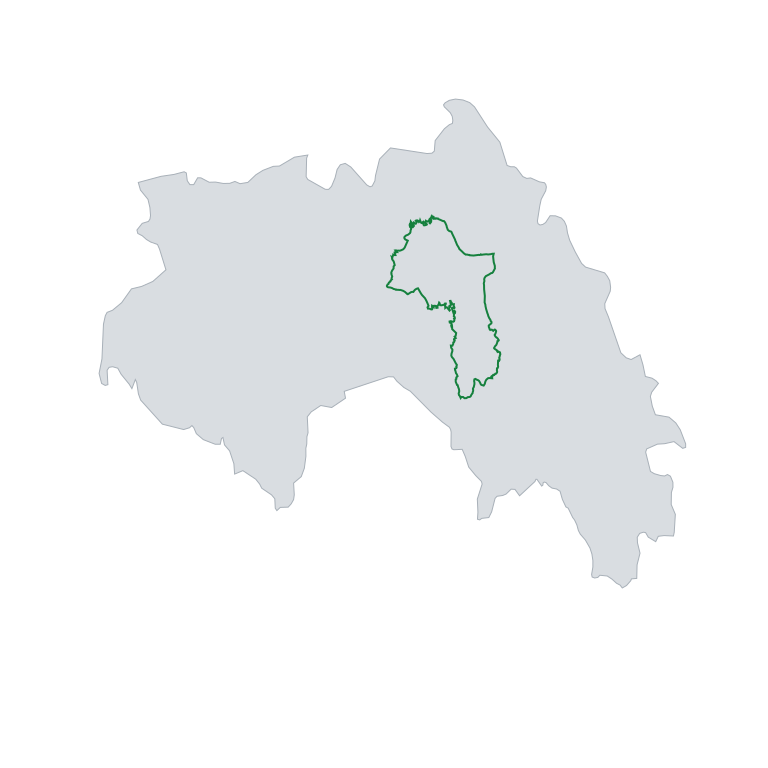 location of Kouroussa, Kouroussa, Guinea, rotated 342°
{"feature_id": "49546643B25969650419510", "entity_name": "Kouroussa", "entity_type": "district", "adm_level": 2, "iso_a3": "GIN", "parent_name": "Guinea", "parent_adm1": "Kouroussa", "projection": "equal_earth", "projection_center": [-10.122, 10.487], "detail": "fine", "context": "in_parent", "style": "outline", "palette": "green", "viewbox_px": 768, "rotation_deg": 342, "n_neighbors": 0, "source": "geoboundaries", "source_scale": "gbopen_adm2", "svg_char_len": 9828}
<svg xmlns="http://www.w3.org/2000/svg" viewBox="0 0 768 768"><g transform="rotate(342 384 384)"><path d="M462.4,526.7L456.8,525.7L454.3,527.1L446.9,538.8L442.4,543.4L435.5,542.0L433.0,542.8L431.1,541.5L433.7,535.0L437.2,522.3L446.4,509.5L446.6,506.8L442.9,499.4L438.9,489.2L438.9,478.2L438.2,470.3L430.1,468.1L428.6,466.8L428.4,464.1L433.0,450.5L433.3,447.7L432.8,445.3L427.8,438.3L420.1,425.4L406.8,399.0L401.8,393.4L397.1,385.3L395.3,380.2L390.3,378.4L343.9,378.7L343.0,385.6L327.0,390.2L317.2,384.9L306.2,388.0L300.9,391.5L296.7,406.9L294.4,410.3L292.0,417.2L289.8,421.0L287.4,428.6L282.2,439.5L276.7,446.5L267.4,450.3L264.4,461.7L262.3,466.0L258.7,469.3L254.8,471.5L247.2,469.3L243.0,471.3L242.2,468.5L244.7,459.4L242.8,454.7L235.5,445.3L234.8,440.7L232.6,434.9L223.0,422.8L214.1,423.5L216.6,413.4L216.5,399.9L213.5,392.6L214.3,385.1L212.6,385.6L209.6,390.7L204.8,389.1L195.0,381.1L190.2,373.3L189.6,366.7L188.5,364.2L185.5,365.5L179.4,365.4L160.8,353.7L147.6,324.1L147.4,317.5L149.3,306.0L148.9,302.9L142.8,310.5L141.6,305.4L137.0,293.5L135.7,286.7L131.2,283.7L127.7,283.2L124.9,285.4L121.2,299.3L118.4,299.2L115.6,296.2L116.3,285.9L123.5,273.0L135.7,240.4L140.1,232.9L142.8,230.3L148.5,230.0L159.6,225.6L173.2,215.5L183.6,216.3L195.9,215.0L211.9,208.0L212.2,186.2L211.7,181.3L206.0,176.9L202.7,173.1L199.9,168.3L196.4,164.8L196.6,161.2L203.7,156.5L210.2,156.6L212.4,154.8L214.0,151.7L215.9,143.8L216.6,135.5L212.3,124.3L212.6,116.4L236.1,117.6L249.0,119.8L259.5,120.4L261.2,122.2L259.7,129.9L261.0,134.4L264.6,135.6L270.5,130.3L273.6,131.4L280.1,138.1L286.2,139.9L292.9,143.5L299.2,145.5L304.8,145.3L309.0,149.0L316.8,150.2L326.9,145.4L334.9,143.4L346.0,142.8L351.9,144.4L368.9,140.6L382.3,142.7L380.2,145.3L374.0,162.8L374.7,165.9L388.3,180.7L391.5,181.8L395.2,179.8L401.1,172.9L405.7,165.5L410.2,162.0L415.3,162.2L419.5,167.4L429.1,189.3L431.6,192.1L433.9,192.1L438.1,188.0L440.3,183.2L449.3,168.7L463.1,161.5L496.1,178.1L500.9,179.3L503.8,178.1L507.9,168.3L520.3,159.9L526.2,157.6L529.6,157.3L530.9,154.6L531.6,150.6L530.9,146.5L527.0,139.0L526.9,136.9L529.1,135.4L533.8,134.4L540.0,135.1L546.9,138.3L552.5,142.9L555.7,148.4L561.9,171.6L568.9,189.8L568.6,214.2L571.7,216.6L575.1,217.7L576.7,219.6L580.1,229.6L583.3,232.6L587.1,233.3L594.2,239.7L598.8,242.2L599.5,244.2L599.3,246.8L597.5,250.2L590.6,256.9L587.2,262.7L580.2,276.5L580.0,279.1L581.5,281.0L584.4,281.3L587.6,280.4L594.0,275.3L599.1,277.1L604.0,281.0L605.8,285.0L606.3,290.2L605.2,297.0L605.0,304.6L606.7,317.5L609.2,330.4L611.8,335.1L628.2,346.5L629.7,350.7L630.6,355.5L629.4,362.1L627.8,365.7L618.8,375.8L617.5,380.6L618.2,389.6L618.9,427.5L622.4,433.9L626.6,437.1L636.5,435.3L636.2,445.8L634.9,457.6L640.7,461.3L643.6,464.9L645.2,468.2L636.1,474.5L633.5,478.1L632.3,488.0L632.6,497.1L644.8,503.6L649.5,511.2L651.6,519.1L652.4,534.1L651.3,537.5L648.2,537.5L642.0,528.4L632.5,527.5L625.5,525.7L613.8,526.9L611.8,529.6L610.4,549.5L613.3,552.8L618.9,556.6L622.5,558.2L625.6,557.7L627.9,560.2L628.4,566.7L626.9,571.5L623.8,576.0L619.9,587.4L620.8,598.0L614.2,614.7L612.3,618.0L603.5,614.7L597.8,613.6L593.7,617.9L588.0,611.3L586.9,606.2L584.9,605.1L581.0,605.1L577.5,608.0L576.0,613.3L575.2,624.0L568.8,634.2L564.3,647.0L559.1,645.8L557.9,647.3L552.4,650.6L547.6,651.6L546.4,648.2L543.6,645.4L540.5,640.0L537.0,635.6L530.2,632.6L527.6,634.0L524.4,633.6L522.3,631.9L522.6,629.3L526.1,622.6L528.1,616.5L529.2,609.9L529.2,603.6L527.3,594.6L524.3,587.5L523.6,583.4L523.9,577.6L523.2,572.1L522.2,569.3L520.8,559.0L519.0,557.1L518.0,548.9L518.3,540.4L515.7,537.2L511.6,534.9L509.2,531.6L507.7,527.9L506.2,526.8L504.9,527.0L503.8,529.3L502.4,529.8L500.0,521.9L499.0,521.6L497.4,523.4L478.4,532.2L476.0,524.7L472.4,523.3L466.1,526.4L462.4,526.7Z" fill="#d9dde1" stroke="#a8b0b8" stroke-width="1"/><path d="M449.1,324.5L449.1,325.9L449.8,326.1L450.8,326.6L451.7,327.5L452.6,327.9L452.9,327.8L453.4,326.2L453.7,324.8L453.9,324.4L454.5,325.3L455.0,326.3L455.6,325.1L456.6,325.3L457.5,325.9L457.3,327.8L458.5,328.0L458.9,326.2L459.6,325.9L460.5,325.2L461.6,323.6L461.8,324.0L461.8,326.4L462.9,326.9L464.6,327.1L465.8,327.1L467.0,326.3L467.6,326.6L467.1,327.5L466.1,328.0L466.2,328.9L465.8,330.5L466.6,330.1L467.5,330.5L469.0,334.4L469.5,334.1L468.9,332.8L469.9,331.6L470.0,330.2L470.3,330.1L470.9,330.7L471.9,329.5L472.3,327.6L472.5,325.4L473.0,325.5L473.0,326.4L473.5,327.7L473.4,328.4L472.9,329.1L475.1,329.7L474.5,330.9L474.6,332.3L474.6,333.3L474.1,333.6L472.9,332.6L472.1,332.7L471.9,333.7L472.0,334.7L472.5,336.7L473.7,336.3L474.0,337.4L473.3,338.6L472.5,338.7L472.0,338.1L472.0,339.7L471.3,341.2L471.9,342.2L471.7,343.3L470.8,343.5L470.9,344.6L470.0,346.0L468.8,346.2L467.0,344.9L465.7,344.8L465.5,345.9L466.6,346.7L466.7,348.2L465.9,349.3L465.9,349.8L466.7,349.3L466.6,350.0L465.8,352.9L468.4,357.8L467.0,360.4L465.8,360.8L466.4,362.5L464.5,362.9L464.2,363.6L464.7,364.4L463.7,365.7L462.7,365.9L462.3,367.2L460.9,368.7L459.5,368.1L459.1,370.3L459.7,372.3L459.2,373.8L457.6,376.0L456.8,377.8L456.9,379.3L457.9,381.7L458.7,386.7L459.2,388.3L458.7,389.2L458.2,389.6L458.3,390.4L457.6,391.3L456.2,391.3L455.9,392.5L456.0,393.9L455.8,395.9L456.2,397.1L456.4,399.3L454.8,400.1L454.4,401.5L453.6,401.8L452.9,404.1L453.2,407.6L453.7,407.9L453.6,410.1L453.7,411.9L453.5,413.3L453.1,414.6L452.1,416.0L451.9,417.7L452.4,418.9L452.6,421.0L453.6,420.2L455.2,420.8L456.2,422.4L458.1,422.9L459.4,422.4L461.6,422.8L462.6,422.5L463.8,421.2L465.5,420.0L465.8,419.2L466.6,418.2L467.0,417.2L467.0,416.3L467.3,415.7L468.4,414.7L470.0,412.0L470.5,410.3L470.6,409.1L471.4,407.5L472.5,407.4L473.9,408.9L474.5,409.3L475.3,410.3L475.8,412.3L475.9,413.8L476.3,414.9L478.3,416.3L479.9,415.0L481.2,412.9L482.7,411.5L484.9,410.6L486.6,411.1L488.7,412.0L488.9,411.1L488.7,410.6L488.2,410.6L488.3,410.1L489.3,409.7L490.0,409.8L490.7,409.0L490.8,409.0L491.3,409.5L491.6,409.5L491.8,409.2L492.2,409.1L492.9,408.7L493.2,408.9L493.5,408.9L494.0,408.5L494.3,408.5L495.1,407.9L495.5,407.0L495.5,406.2L496.3,404.0L496.9,404.0L497.8,403.0L498.0,402.4L498.2,401.1L499.8,396.9L500.1,396.9L500.6,397.4L501.1,396.7L501.3,396.8L501.5,396.5L501.7,395.7L501.6,394.8L502.5,393.6L502.9,392.8L503.8,391.7L503.9,391.4L503.8,390.9L504.0,390.4L504.1,389.8L503.7,389.5L503.0,388.6L502.1,388.8L501.9,388.5L501.7,388.0L501.9,387.7L502.0,387.3L501.8,386.9L500.2,384.9L499.8,384.2L499.8,383.8L501.4,382.3L502.8,381.6L503.6,380.7L504.8,379.1L505.1,378.3L506.0,378.3L506.6,378.0L506.7,377.7L506.4,377.0L506.3,376.1L505.6,374.7L505.3,374.5L504.8,373.6L504.4,372.3L504.4,371.5L505.5,370.6L506.1,369.8L507.0,368.4L507.0,367.9L506.6,366.9L506.4,366.6L505.9,366.4L504.3,367.2L503.8,366.6L503.5,365.8L503.2,365.6L502.1,365.3L501.7,365.4L501.4,364.7L501.4,362.7L501.3,362.3L501.6,360.9L502.2,360.5L504.8,359.5L505.1,359.1L505.4,358.2L504.9,356.9L505.0,356.1L504.9,355.3L504.5,354.2L504.4,353.2L504.2,351.8L504.3,349.9L504.2,348.9L504.3,344.2L504.6,341.2L504.9,340.0L504.9,337.5L507.1,331.4L508.5,324.8L509.7,320.9L510.0,319.1L511.3,317.1L511.7,315.2L512.6,314.0L514.2,312.9L517.8,312.3L519.9,311.7L521.3,311.8L522.2,311.3L525.2,308.4L525.5,307.0L525.9,306.1L526.0,302.1L526.6,299.1L527.2,296.3L528.6,294.0L527.2,293.6L525.5,293.5L523.1,293.0L521.4,292.2L518.2,291.5L516.8,291.3L516.6,291.0L516.1,290.6L515.7,290.9L514.9,290.9L514.1,290.5L508.9,289.5L505.9,288.3L505.3,287.8L505.1,287.9L504.8,287.6L504.2,287.3L502.9,286.5L501.7,286.2L500.4,284.5L498.8,281.4L497.9,279.9L497.9,279.7L497.3,278.7L497.3,277.6L496.5,274.3L496.3,271.5L496.3,270.8L496.1,269.9L496.2,268.7L495.3,262.1L495.2,260.4L494.9,259.8L494.6,259.5L493.4,258.8L492.3,257.0L492.3,255.3L492.2,254.4L492.4,252.7L492.1,249.8L491.9,248.8L491.3,247.5L490.5,247.3L489.9,246.8L488.3,245.3L487.1,244.3L486.5,243.7L486.4,243.4L486.2,243.5L485.0,242.6L484.6,242.4L484.2,242.8L482.8,242.3L482.1,242.2L481.9,242.1L481.8,241.7L482.0,240.8L482.8,241.2L482.9,240.7L482.7,240.2L482.1,240.0L481.6,239.6L481.4,238.9L481.0,239.2L480.8,240.1L479.5,241.2L479.4,243.3L478.9,244.4L477.9,245.1L477.4,245.4L477.1,244.9L478.1,243.4L478.1,242.5L478.5,241.2L478.1,241.4L477.8,242.0L476.9,242.6L475.6,243.0L474.7,242.4L474.3,241.8L473.5,243.1L473.2,243.9L474.1,245.4L473.8,245.7L472.0,245.7L471.1,245.5L470.8,244.7L471.2,243.6L472.0,242.6L471.8,241.8L470.7,242.1L469.8,242.7L469.3,242.4L469.0,241.3L468.9,239.5L468.3,240.4L467.3,240.8L466.9,239.3L466.1,238.6L465.7,238.6L465.0,238.4L464.6,238.6L465.4,239.8L465.1,240.3L464.5,240.7L463.7,241.4L463.1,241.0L462.1,239.5L461.7,239.8L461.5,240.6L461.2,242.2L461.3,242.9L459.8,243.8L458.9,243.5L459.0,242.7L459.6,241.8L460.0,240.4L459.9,238.5L459.7,237.9L459.4,238.6L459.2,240.8L458.7,241.4L457.9,240.1L457.5,240.7L457.3,242.7L458.0,244.0L457.5,245.3L456.8,246.0L456.1,247.7L455.4,248.5L453.2,249.4L450.7,249.6L449.0,250.4L448.5,251.2L448.5,252.1L449.0,253.2L450.9,255.0L445.8,260.7L444.0,261.8L441.7,262.1L440.2,262.1L438.7,261.5L437.6,261.3L436.7,260.6L436.2,260.5L437.0,262.5L435.6,262.0L434.9,262.1L435.1,262.9L434.6,263.0L434.7,264.9L433.8,264.6L432.9,264.0L432.9,264.5L432.2,264.6L431.9,264.9L431.0,266.3L430.7,265.9L430.7,267.0L430.3,267.4L430.5,268.7L431.0,270.0L431.1,270.9L430.9,274.3L429.5,275.1L428.8,277.1L426.8,278.6L425.5,280.1L425.2,280.8L425.3,281.2L425.0,281.7L425.0,284.4L424.2,285.3L423.6,286.5L423.8,286.9L422.2,287.7L421.8,288.1L421.8,288.4L421.3,288.5L420.8,288.9L420.4,288.9L419.9,289.1L419.2,290.2L418.2,290.4L417.1,291.5L417.0,291.8L417.0,292.2L417.3,292.8L417.8,293.3L418.8,293.7L420.2,294.4L421.6,295.5L422.5,296.6L423.5,297.1L424.4,298.0L424.7,297.9L424.9,298.2L426.6,298.8L427.6,299.3L428.7,299.6L431.0,301.3L432.5,303.0L433.2,304.3L433.7,304.9L433.7,305.2L434.0,305.4L434.1,305.8L434.4,306.0L438.1,305.0L439.3,305.1L440.4,305.5L441.8,304.4L442.8,303.9L444.4,303.5L445.9,303.5L447.1,309.3L447.6,311.0L449.5,315.1L450.0,317.8L450.3,320.5L450.5,323.4L449.1,324.5Z" fill="none" stroke="#15803d" stroke-width="2"/></g></svg>